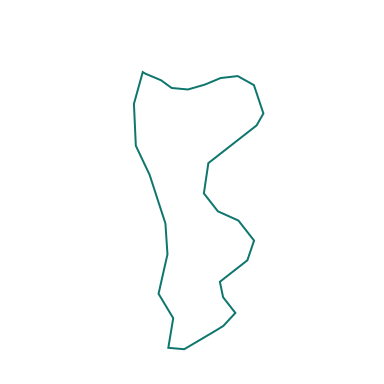 the border of Kisela Voda, rotated 232°
{"feature_id": "MKD-2938", "entity_name": "Kisela Voda", "entity_type": "Municipality", "adm_level": 1, "iso_a3": "MKD", "parent_name": "North Macedonia", "parent_adm1": "", "projection": "robinson", "projection_center": [21.474, 41.931], "detail": "fine", "context": "isolated", "style": "outline", "palette": "teal", "viewbox_px": 384, "rotation_deg": 232, "n_neighbors": 0, "source": "natural_earth", "source_scale": "10m", "svg_char_len": 600}
<svg xmlns="http://www.w3.org/2000/svg" viewBox="0 0 384 384"><g transform="rotate(232 192 192)"><path d="M113.4,207.8L104.1,193.6L104.1,172.7L104.1,158.7L89.9,151.7L70.0,151.7L67.2,134.3L67.2,134.0L68.3,124.5L72.9,89.1L83.8,77.4L104.1,99.5L132.4,103.0L158.0,134.3L183.6,151.7L231.7,169.2L263.0,176.2L297.2,200.5L316.8,227.0L314.0,228.1L299.1,236.4L286.5,240.0L275.3,251.9L268.7,268.3L264.2,284.7L255.2,299.4L238.1,306.6L209.9,296.6L204.7,283.9L204.7,255.5L204.7,222.7L183.6,200.5L160.8,200.5L140.9,211.0L121.2,211.0L115.5,211.0L113.4,207.8Z" fill="none" stroke="#0f766e" stroke-width="2"/></g></svg>